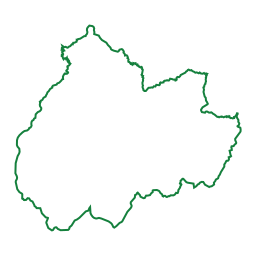 Salazar, Norte de Santander, Colombia (Robinson projection)
{"feature_id": "7082276B2065946999861", "entity_name": "Salazar", "entity_type": "district", "adm_level": 2, "iso_a3": "COL", "parent_name": "Colombia", "parent_adm1": "Norte de Santander", "projection": "robinson", "projection_center": [-72.837, 7.784], "detail": "fine", "context": "isolated", "style": "outline", "palette": "green", "viewbox_px": 256, "rotation_deg": 0, "n_neighbors": 0, "source": "geoboundaries", "source_scale": "gbopen_adm2", "svg_char_len": 5698}
<svg xmlns="http://www.w3.org/2000/svg" viewBox="0 0 256 256"><path d="M226.9,160.7L227.8,160.8L228.4,160.4L229.0,159.2L228.7,157.2L230.5,156.7L231.1,156.1L230.6,155.2L229.6,150.7L231.8,150.0L231.7,148.5L231.3,147.4L231.6,146.3L233.6,146.1L234.5,144.7L236.1,143.4L236.2,142.5L235.2,140.1L235.2,138.8L240.3,131.9L240.6,131.1L240.6,129.2L240.3,127.7L237.7,126.6L237.5,126.2L238.9,125.0L239.3,123.4L238.3,121.8L238.4,120.0L237.2,118.1L236.7,116.6L236.8,115.5L237.7,113.9L237.6,113.4L237.0,113.3L236.6,114.5L235.1,116.7L234.0,117.0L234.1,118.1L232.6,118.4L231.7,118.0L230.5,118.1L229.5,117.2L229.5,116.3L229.2,116.1L228.7,116.9L228.2,116.5L227.0,116.3L227.0,117.0L226.8,117.2L225.3,116.5L223.7,117.3L221.8,116.5L221.4,116.9L220.3,116.7L219.1,117.3L218.3,116.8L217.3,116.9L214.6,114.6L212.8,113.6L212.1,112.8L211.1,112.3L210.6,112.6L209.0,112.6L207.3,111.6L206.3,111.5L205.6,111.8L205.0,112.7L201.9,112.1L201.1,110.5L201.1,109.6L202.6,107.3L207.5,104.3L207.8,103.8L206.9,101.9L206.0,100.6L205.7,97.7L204.7,96.6L203.5,91.9L204.0,89.7L203.4,87.4L204.2,86.8L204.3,85.5L205.1,83.9L205.4,83.8L205.6,82.2L206.0,81.5L205.7,79.4L206.0,78.1L205.8,77.7L206.3,76.8L206.0,75.7L206.8,75.0L206.5,74.4L207.1,73.8L206.1,73.4L204.9,73.9L204.0,73.0L202.8,73.7L200.9,73.5L199.7,72.5L198.8,73.3L196.7,72.4L195.3,72.7L194.1,71.8L192.4,71.1L191.4,70.1L190.1,70.4L188.6,69.6L187.8,70.0L187.2,70.9L186.0,71.6L185.4,72.6L180.7,75.0L180.1,76.2L179.0,77.2L177.7,76.9L177.1,77.2L176.6,77.8L176.7,79.7L175.7,80.5L175.3,80.5L174.9,79.5L173.3,79.6L172.2,79.1L170.1,78.7L169.1,80.4L168.1,80.6L167.1,80.2L165.7,80.7L165.0,80.6L163.9,81.2L163.5,82.4L162.9,82.3L161.9,82.8L160.5,82.4L159.9,83.1L159.9,84.6L159.2,85.2L156.3,84.8L155.4,86.5L153.8,86.3L152.7,87.6L151.2,87.4L150.4,87.7L148.5,87.8L145.8,91.0L144.4,91.0L143.3,89.9L143.4,89.3L142.6,87.5L142.6,86.4L143.0,85.6L142.6,84.7L142.4,82.8L143.1,80.6L142.9,79.5L143.4,78.1L142.4,77.1L143.0,76.3L143.1,75.9L142.0,75.5L141.5,74.8L142.0,74.1L142.8,69.9L142.1,69.3L142.2,68.3L141.6,66.9L141.2,66.8L140.6,67.5L139.1,66.8L138.6,65.8L137.9,65.8L137.5,64.6L136.9,65.0L136.6,64.4L135.6,64.1L135.5,63.2L134.9,63.4L133.3,63.0L133.3,64.3L132.8,64.3L132.4,64.7L132.2,64.3L131.1,64.1L131.2,63.2L130.9,62.9L130.5,62.8L130.2,63.2L129.4,62.0L128.5,61.9L128.2,60.9L128.6,59.6L128.1,58.6L127.5,58.1L127.9,57.7L127.5,56.3L126.7,55.3L125.7,55.2L125.0,55.5L124.6,53.7L123.5,52.6L123.8,51.4L122.6,49.6L121.8,49.1L119.5,49.7L118.8,51.0L117.8,51.7L113.9,50.7L111.6,49.7L110.9,49.0L110.5,47.6L107.9,45.0L106.4,42.7L101.9,40.0L100.0,37.8L98.8,35.6L94.2,34.1L94.4,32.0L93.9,30.1L94.2,28.4L93.5,26.8L92.4,26.1L89.4,25.6L87.9,27.2L87.1,28.4L86.9,30.1L87.4,32.0L87.3,32.8L86.9,34.0L85.7,35.4L85.6,36.1L84.1,36.2L80.2,38.7L78.0,39.1L77.3,40.0L76.7,39.8L76.6,41.7L74.5,42.7L73.2,42.8L72.8,44.4L71.8,44.3L70.3,46.1L69.0,46.6L67.7,47.7L66.8,47.5L65.7,46.8L64.3,47.2L62.4,45.9L62.9,47.4L61.9,47.8L61.7,49.7L63.2,49.2L64.2,50.6L63.5,50.8L63.2,51.3L62.2,51.8L62.2,52.6L63.1,53.9L63.1,54.7L62.8,55.0L61.8,54.9L61.7,56.1L62.6,56.5L62.9,58.0L63.6,59.3L64.4,58.4L65.4,58.2L66.0,59.1L66.9,57.7L67.1,58.7L68.0,59.3L67.5,60.0L67.6,60.5L68.5,60.7L67.8,61.6L68.2,62.1L68.7,61.3L68.9,61.3L69.7,62.7L69.6,63.5L70.3,63.8L69.1,65.4L67.5,66.2L67.3,66.9L67.8,67.5L67.7,69.1L66.3,70.6L66.5,71.4L67.9,72.1L68.1,72.7L67.1,73.7L65.7,73.9L65.0,73.4L64.6,73.6L63.5,75.3L62.9,76.8L63.1,79.1L62.2,79.3L61.3,80.6L59.2,82.7L57.3,83.4L56.6,84.6L53.1,85.6L52.2,86.6L52.3,87.6L50.1,89.0L48.8,91.1L47.4,92.4L47.0,93.8L45.9,95.6L45.7,96.5L43.5,97.8L42.5,99.7L41.6,100.4L40.7,100.7L40.6,101.8L39.9,101.9L40.1,103.0L39.8,104.7L40.0,106.1L41.3,108.1L41.1,109.7L39.8,111.2L37.8,112.1L35.7,114.3L35.4,117.9L34.1,118.6L33.4,120.1L32.3,120.6L31.5,122.0L31.3,124.1L31.6,125.4L31.2,126.6L30.4,127.6L29.3,127.9L28.7,129.3L27.1,130.5L24.5,131.0L22.5,132.4L19.5,135.2L17.8,137.6L17.0,140.2L16.9,145.0L17.5,146.6L19.3,148.7L19.6,151.8L19.1,153.5L17.6,156.2L15.7,163.1L15.4,173.3L16.8,176.2L17.1,177.8L16.8,179.2L15.9,180.8L15.7,182.0L17.3,189.2L19.4,192.1L22.0,193.7L22.3,194.3L22.2,198.6L22.5,198.9L23.3,198.9L23.9,200.0L24.5,200.1L26.1,199.9L27.6,198.2L29.1,198.4L30.5,200.6L32.5,201.5L34.2,204.8L34.6,206.2L35.6,206.7L36.6,208.1L40.3,208.2L41.9,213.3L45.7,217.3L47.9,217.9L47.9,218.4L46.4,222.0L46.3,222.8L48.3,228.0L51.9,230.4L53.0,230.0L54.4,227.8L55.6,227.3L56.4,227.3L57.8,228.9L60.6,230.2L68.2,229.9L69.2,228.9L69.6,227.2L71.6,225.5L74.7,220.5L77.0,219.5L79.5,217.7L85.8,211.4L88.4,210.6L89.3,208.2L90.1,207.1L90.5,213.1L91.2,214.7L92.7,216.8L94.1,217.9L95.6,218.4L96.5,218.5L99.0,217.9L101.3,218.5L108.6,221.4L111.0,223.1L111.9,224.1L113.4,227.1L114.3,227.6L116.4,226.1L119.6,222.9L121.6,222.0L122.4,221.1L127.4,211.8L130.7,208.1L131.5,206.7L131.6,205.5L130.7,203.5L130.8,202.2L134.8,197.6L135.1,195.0L136.5,194.4L137.1,193.0L137.7,192.6L140.0,195.2L140.5,196.7L143.5,198.2L144.7,198.0L146.1,195.6L147.7,195.6L150.0,195.1L151.1,193.4L152.7,192.1L152.7,190.5L153.2,190.2L156.9,190.0L158.8,190.8L159.4,191.3L160.4,193.0L162.1,194.4L162.6,196.0L163.2,196.0L163.4,196.4L164.1,195.9L165.2,195.9L166.4,196.9L166.9,197.0L168.7,196.1L169.5,196.2L170.6,195.3L173.6,195.3L174.8,194.6L176.1,192.8L177.0,193.1L177.7,193.0L178.3,191.4L178.3,190.2L180.1,187.5L180.2,186.6L181.4,184.6L181.2,184.1L180.1,183.8L179.9,183.5L180.6,182.0L180.6,180.7L181.8,179.7L182.2,179.0L182.9,178.7L183.4,178.9L186.4,182.2L187.8,182.7L193.5,183.6L194.1,187.6L196.3,186.2L197.8,184.4L198.8,184.1L199.9,182.7L201.6,181.9L203.3,182.0L205.0,184.7L209.2,187.0L209.6,186.7L211.8,186.2L214.1,184.5L213.9,182.7L215.4,180.8L215.8,179.6L218.1,178.3L218.7,176.1L219.8,174.7L220.9,172.1L224.3,166.6L224.3,164.4L225.1,163.4L226.3,161.0L226.9,160.7Z" fill="none" stroke="#15803d" stroke-width="2"/></svg>